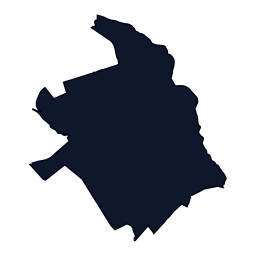 outline of Berceni, Prahova, Romania
{"feature_id": "2599482B99394014365775", "entity_name": "Berceni", "entity_type": "district", "adm_level": 2, "iso_a3": "ROU", "parent_name": "Romania", "parent_adm1": "Prahova", "projection": "orthographic", "projection_center": [26.101, 44.92], "detail": "fine", "context": "isolated", "style": "filled", "palette": "ink", "viewbox_px": 256, "rotation_deg": 0, "n_neighbors": 0, "source": "geoboundaries", "source_scale": "gbopen_adm2", "svg_char_len": 5596}
<svg xmlns="http://www.w3.org/2000/svg" viewBox="0 0 256 256"><path d="M223.0,187.4L222.8,187.0L222.7,186.1L222.7,185.5L222.8,185.0L223.1,184.5L223.4,184.2L224.0,184.1L224.1,183.8L224.3,182.0L224.7,181.2L225.5,179.9L225.8,179.3L225.9,178.8L225.9,178.2L225.7,177.4L225.5,176.8L225.0,175.9L224.3,174.7L223.4,173.3L222.7,172.5L221.7,171.3L220.0,168.9L219.1,167.3L218.8,166.7L218.3,166.0L217.8,165.4L217.2,165.1L216.3,164.8L216.0,164.5L215.5,164.1L215.2,163.4L215.0,163.0L214.6,162.5L213.9,161.9L212.8,161.2L211.5,160.5L211.3,160.2L211.1,159.6L210.9,158.9L210.5,157.4L210.1,156.3L209.9,155.9L209.6,155.4L209.0,154.9L208.1,154.4L207.4,154.1L207.0,153.9L206.9,153.6L206.7,153.0L206.5,151.7L206.3,150.9L206.1,150.3L205.3,149.4L204.2,147.8L203.8,147.2L203.5,146.4L202.6,144.9L202.2,143.8L201.9,142.8L202.0,142.3L202.4,141.8L203.0,139.9L203.2,138.9L203.2,138.1L203.0,137.6L202.2,136.9L201.0,136.0L200.1,135.1L199.3,134.1L198.7,133.4L198.5,132.9L198.6,131.4L199.1,130.1L199.6,129.0L200.0,128.3L200.2,127.8L200.2,127.2L200.2,126.7L199.8,126.2L199.3,125.8L198.7,125.3L198.4,124.9L198.0,124.3L197.8,123.1L197.8,122.1L197.2,116.7L196.0,113.5L195.5,111.3L194.9,109.5L194.8,109.2L194.8,108.7L195.0,108.1L196.7,104.3L197.3,103.1L197.5,102.3L197.6,101.0L197.4,100.0L197.0,98.4L196.7,97.7L196.4,97.2L195.8,96.6L195.3,96.0L194.7,95.2L194.0,94.4L192.4,92.8L191.7,92.1L190.2,90.0L189.4,89.2L188.5,88.4L185.9,86.8L184.4,86.2L182.5,85.8L181.2,85.8L177.7,85.9L176.0,86.0L175.3,85.9L175.0,85.6L174.4,84.6L173.7,83.5L171.5,79.7L171.1,78.8L171.0,78.5L171.0,77.9L171.5,75.7L171.6,75.3L172.0,73.9L172.2,73.3L172.3,72.8L172.3,71.8L172.3,70.9L172.7,69.2L173.3,67.4L173.5,66.5L173.9,64.3L173.9,63.8L174.0,62.2L174.0,60.9L173.9,60.1L173.8,59.5L173.5,58.9L172.8,58.0L172.3,57.2L170.3,55.0L169.7,54.7L168.6,54.4L168.2,54.3L167.8,54.0L167.5,53.4L167.4,52.8L167.4,51.5L167.3,50.9L167.1,50.5L166.2,49.2L165.9,48.5L165.7,47.9L165.2,46.8L164.8,46.5L163.5,45.9L158.2,45.3L156.3,45.0L153.6,44.2L152.2,43.5L151.6,43.1L151.4,42.8L150.9,41.9L150.7,41.4L149.5,39.7L148.5,38.7L146.0,36.9L144.4,35.5L143.5,34.8L142.8,34.4L141.5,33.8L140.4,33.6L138.9,33.1L137.9,32.4L137.3,31.8L136.7,31.7L136.2,31.7L135.7,31.4L135.3,31.0L135.1,30.7L134.9,30.1L134.7,29.7L134.2,28.5L132.6,27.2L131.7,25.9L130.4,25.2L129.1,24.7L127.4,24.0L126.3,24.0L123.9,23.6L121.5,23.0L119.4,22.5L117.3,21.6L115.7,20.9L113.4,20.6L110.4,20.1L107.0,18.8L103.8,17.2L100.6,16.2L97.4,15.4L97.4,20.0L97.1,20.0L95.4,20.7L95.4,20.8L94.9,21.3L94.8,21.6L94.7,21.8L94.7,22.2L94.8,22.6L95.4,24.5L95.7,25.9L92.9,27.3L92.6,26.8L91.5,27.7L93.4,29.0L95.2,30.1L109.9,40.1L111.2,41.1L112.0,42.0L112.9,43.2L113.8,44.8L114.1,45.4L114.6,46.7L115.2,49.0L115.6,51.0L116.2,53.8L117.1,57.9L117.2,58.0L117.5,58.4L118.0,58.5L118.2,59.2L118.2,59.7L118.4,60.7L118.4,61.0L118.8,63.6L119.0,64.5L118.0,64.8L117.1,65.1L116.5,65.5L110.1,67.4L108.7,67.9L108.7,68.0L102.5,69.9L102.5,69.7L100.9,70.1L100.1,70.5L98.5,71.1L98.3,71.1L97.4,71.5L95.5,72.5L93.8,73.1L93.8,72.5L92.8,73.2L78.2,77.8L72.0,79.8L68.2,80.9L64.7,82.0L63.9,82.2L63.6,82.4L63.7,82.5L66.8,93.1L59.9,96.2L53.8,98.9L45.0,87.8L43.6,88.7L42.1,90.1L41.6,90.7L40.6,92.1L40.1,92.9L39.5,94.2L38.6,96.2L37.3,99.6L36.6,101.8L36.5,102.4L36.5,103.2L36.5,105.1L36.7,106.1L37.0,107.2L37.5,108.1L38.3,109.3L39.1,110.2L40.0,111.1L40.7,111.6L40.4,112.3L35.1,110.0L33.0,109.0L32.9,109.2L32.9,109.6L35.0,110.5L36.7,111.5L37.7,112.3L39.0,113.4L39.9,114.5L42.7,118.1L43.3,118.9L47.2,122.0L47.5,122.5L48.0,122.7L48.7,123.3L50.1,124.5L50.3,125.2L50.3,125.6L50.3,126.0L50.4,126.3L50.9,126.7L51.0,127.2L51.2,127.5L51.4,127.7L51.8,127.9L52.8,128.2L53.0,128.4L53.7,129.0L54.1,129.1L55.3,129.5L55.7,129.8L55.9,130.0L56.0,130.4L56.1,130.6L56.5,131.0L57.1,131.7L57.7,132.7L58.2,133.2L58.4,133.2L59.4,133.3L59.9,133.1L60.1,133.1L60.4,133.3L61.0,133.5L61.5,133.7L61.8,133.6L62.1,133.7L62.6,133.8L62.8,133.9L63.0,134.3L63.0,134.6L63.2,134.9L63.4,135.0L63.5,134.9L63.8,134.8L64.1,134.9L64.3,135.1L64.5,135.2L64.7,134.8L64.7,134.7L64.8,134.8L64.9,135.0L65.5,135.1L65.7,134.9L65.7,134.5L65.5,133.9L65.6,133.7L65.8,133.7L65.9,133.8L65.9,134.4L66.4,134.8L66.6,135.0L66.8,135.1L67.0,134.9L67.4,134.7L67.5,134.3L67.7,134.1L67.7,133.9L67.4,133.6L67.4,133.4L67.5,133.3L67.8,133.4L68.3,134.0L68.1,134.4L68.1,134.7L68.2,134.9L68.2,135.1L68.4,135.3L69.1,135.7L69.4,136.1L69.5,136.2L69.4,136.6L69.3,136.8L69.1,136.9L68.5,137.0L68.1,137.0L67.8,137.1L67.6,137.4L67.6,137.8L67.8,138.5L68.4,139.6L69.1,140.5L69.6,141.1L67.1,143.2L65.4,144.7L60.3,149.2L59.4,149.9L54.9,153.9L54.6,154.2L54.2,154.7L53.6,155.3L51.3,157.3L45.5,160.3L45.4,160.0L43.3,160.5L38.7,161.3L36.9,161.8L32.6,163.1L32.8,163.9L30.1,164.6L31.4,165.9L33.4,168.2L35.3,170.3L42.7,178.5L43.2,179.0L45.4,180.0L58.8,169.4L64.8,164.7L78.4,175.9L82.3,179.1L85.7,184.7L92.4,195.4L93.3,197.0L95.2,200.0L98.5,205.2L98.9,205.9L104.4,214.8L111.1,225.5L115.0,229.6L125.2,224.6L126.2,224.1L126.9,223.9L129.4,224.6L130.0,225.3L131.1,225.5L132.0,226.3L132.1,227.1L133.1,228.0L133.3,230.5L134.0,232.2L135.2,234.7L135.7,236.4L134.2,238.3L134.5,239.3L134.4,240.3L135.0,240.6L148.0,225.7L151.8,230.4L152.8,231.6L153.0,232.0L153.2,232.3L153.8,233.4L164.4,221.9L165.2,220.9L166.9,218.7L169.0,216.8L170.7,214.8L173.0,211.9L173.3,211.7L175.3,209.6L181.9,203.9L186.9,206.7L187.3,205.9L187.4,205.3L188.3,203.8L188.7,203.0L188.9,201.9L189.3,200.9L189.5,200.4L189.5,200.0L189.6,199.6L189.9,198.7L190.4,197.7L190.5,197.3L190.4,197.0L190.4,196.9L190.1,196.4L189.8,196.1L189.7,195.9L192.1,194.8L192.2,195.1L192.4,195.0L200.1,191.0L201.8,190.1L203.7,189.1L204.9,188.7L216.5,186.4L217.4,186.1L223.0,187.4Z" fill="#0f172a" stroke="#020617" stroke-width="1.5"/></svg>